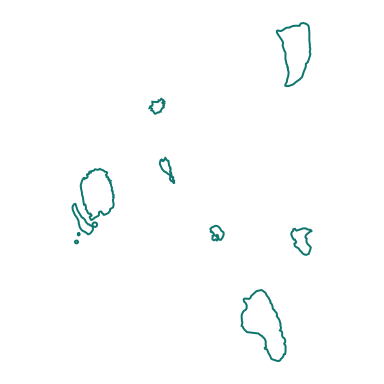 outline of Lomaiviti, Eastern, Fiji
{"feature_id": "14151628B20319301670654", "entity_name": "Lomaiviti", "entity_type": "district", "adm_level": 2, "iso_a3": "FJI", "parent_name": "Fiji", "parent_adm1": "Eastern", "projection": "natural_earth1", "projection_center": [179.092, -17.678], "detail": "fine", "context": "isolated", "style": "outline", "palette": "teal", "viewbox_px": 384, "rotation_deg": 0, "n_neighbors": 0, "source": "geoboundaries", "source_scale": "gbopen_adm2", "svg_char_len": 5953}
<svg xmlns="http://www.w3.org/2000/svg" viewBox="0 0 384 384"><path d="M265.5,292.8L262.1,290.3L260.9,290.1L256.4,291.2L251.1,296.1L250.7,297.4L249.5,298.7L248.7,298.9L245.8,298.6L244.3,298.7L243.8,299.2L243.8,300.7L244.1,301.7L245.4,302.7L246.7,305.3L246.6,308.3L245.9,309.6L243.5,311.2L242.2,313.6L241.6,315.8L241.9,321.0L242.4,322.3L241.6,325.9L242.7,326.6L243.4,328.2L244.4,329.6L247.0,332.1L258.4,333.5L260.8,335.5L261.5,335.6L262.3,336.2L262.6,336.9L263.9,337.9L264.8,339.1L265.6,341.0L265.8,342.0L265.6,343.9L266.1,347.0L264.9,347.7L264.7,348.2L264.9,348.7L266.9,349.4L267.2,349.8L268.6,353.4L270.1,355.8L271.1,358.5L272.0,359.2L276.8,360.8L279.0,361.0L280.4,360.0L280.8,359.0L282.6,357.4L283.3,356.2L283.9,354.3L285.1,354.1L285.5,351.7L285.6,346.7L285.3,345.2L284.3,344.1L284.2,343.4L285.1,342.4L285.2,340.1L284.4,338.4L282.9,337.4L282.3,336.1L282.1,335.5L282.2,332.8L281.7,331.4L279.9,330.5L280.6,329.4L281.0,328.0L280.9,327.2L280.4,325.7L280.5,323.4L280.1,322.6L279.6,320.6L278.9,319.1L276.8,316.2L277.0,315.8L276.8,313.3L274.3,310.4L274.3,310.0L272.9,308.9L272.3,305.5L271.7,304.1L270.4,302.8L270.5,301.4L270.1,301.1L270.0,300.4L269.3,299.4L268.7,297.9L266.8,295.6L265.5,292.8ZM307.8,25.0L306.1,23.8L303.2,23.0L300.9,23.5L300.0,24.6L299.6,25.8L295.5,25.7L293.0,26.0L290.0,27.1L289.7,27.5L286.2,27.8L281.9,30.7L280.2,31.0L277.6,30.5L276.9,31.0L276.9,32.4L277.6,33.8L282.4,41.0L283.1,43.0L282.6,45.5L284.3,50.7L285.2,51.9L285.5,53.4L285.4,58.8L286.6,64.3L287.2,65.2L287.2,65.9L287.6,66.7L287.8,67.4L287.5,67.7L287.9,68.2L288.0,70.3L288.4,70.9L288.6,72.7L288.3,75.8L287.1,79.7L286.9,81.6L285.3,84.8L285.3,85.7L286.3,86.1L288.8,86.0L293.2,84.4L296.2,81.8L299.6,79.5L302.1,77.0L304.0,71.1L305.7,67.2L305.9,63.8L307.8,62.2L310.0,55.8L310.4,53.7L309.7,52.4L310.3,48.8L310.1,47.6L309.7,47.0L309.9,45.1L309.3,40.2L309.4,33.4L309.1,29.8L308.7,26.4L307.8,25.0ZM99.6,168.9L99.0,169.5L97.4,169.8L95.0,169.3L93.8,170.6L90.5,171.4L90.9,172.5L90.7,172.7L89.2,172.3L88.8,174.1L87.3,174.2L87.0,174.7L87.0,175.1L87.5,175.8L87.6,176.4L87.5,177.1L86.9,177.8L85.6,178.3L84.7,178.0L84.5,178.7L83.9,178.1L82.8,179.2L81.8,181.5L80.7,185.4L81.0,188.3L81.9,192.3L82.1,195.0L82.8,196.8L83.9,204.3L84.1,204.8L85.3,204.6L86.0,207.6L85.8,209.0L87.0,210.6L87.9,212.9L89.3,213.9L90.3,213.6L91.5,215.0L91.6,215.7L89.9,216.5L89.7,217.1L90.0,218.0L91.1,219.9L91.8,219.8L93.7,218.7L94.5,217.8L98.4,215.8L98.8,215.3L99.2,212.0L100.6,211.5L101.4,211.6L102.2,213.2L103.1,213.7L103.7,214.8L104.4,214.8L108.1,213.2L109.9,211.1L110.1,209.2L113.1,207.3L113.5,205.6L113.6,204.1L112.9,200.0L113.7,197.4L113.3,197.2L113.1,196.4L113.5,196.0L113.7,195.0L113.3,194.8L112.8,193.9L112.8,192.0L112.4,191.6L112.5,190.8L111.8,190.4L111.9,188.6L112.1,188.0L111.2,186.0L110.9,184.0L110.2,183.2L110.6,182.4L110.1,181.8L110.4,181.3L109.8,181.4L109.4,181.0L109.1,180.4L109.4,179.6L108.4,179.4L108.5,178.4L108.1,177.9L108.1,177.4L107.2,177.4L106.6,176.9L106.7,176.0L106.2,175.6L106.1,174.8L106.5,174.7L107.1,172.5L106.3,171.9L104.8,171.7L103.6,170.5L99.6,168.9ZM305.8,228.4L302.9,228.4L301.9,228.9L296.6,230.6L295.9,230.1L294.9,228.8L293.7,229.1L293.2,229.4L293.2,230.7L292.0,231.9L291.4,233.1L291.3,234.3L291.9,236.2L293.4,239.1L294.2,239.8L294.9,239.6L296.2,241.9L295.7,243.0L294.6,243.4L294.4,243.8L294.6,245.3L295.0,246.0L296.4,247.3L297.5,247.6L298.7,248.6L300.4,251.0L301.5,251.8L302.3,253.1L303.5,254.0L304.7,254.6L306.3,254.8L308.6,254.0L310.1,250.2L310.8,247.5L309.6,245.9L307.8,244.3L306.7,242.5L306.4,240.4L306.7,238.6L305.7,237.9L305.4,236.6L306.3,234.7L309.9,231.7L311.4,231.2L311.5,230.8L310.5,229.9L307.4,229.4L305.8,228.4ZM88.7,234.2L90.0,233.6L91.1,232.5L92.8,230.1L92.9,227.6L92.5,226.4L90.0,225.2L89.1,224.4L88.2,224.4L85.9,222.0L84.9,219.8L83.8,218.5L81.8,217.3L77.6,210.5L75.4,203.9L73.8,204.4L72.5,206.9L72.7,209.6L74.9,214.9L76.9,217.6L78.3,220.2L78.8,222.4L78.7,223.0L79.9,227.5L81.9,230.3L86.1,232.6L87.9,234.2L88.7,234.2ZM168.1,160.7L167.6,160.7L165.9,159.3L165.7,158.2L165.3,157.9L164.0,160.3L163.3,161.1L162.3,160.7L162.4,160.0L161.7,159.5L160.7,160.1L159.9,162.5L159.9,164.1L161.9,168.6L163.1,170.3L164.6,171.7L165.9,172.1L167.8,173.8L169.8,174.7L169.9,175.8L170.8,176.6L170.8,177.0L169.9,178.2L170.1,179.5L171.3,181.1L172.7,181.5L173.7,183.0L173.9,183.0L174.2,182.8L173.9,182.0L174.1,180.6L173.5,180.3L172.9,179.1L173.3,177.4L173.1,177.2L172.5,177.4L171.7,176.3L171.5,174.7L171.2,174.4L171.1,172.5L170.4,172.5L170.1,172.0L170.1,170.8L170.7,169.8L170.5,169.2L170.6,168.8L170.1,168.3L170.4,167.5L169.6,166.6L169.0,165.1L168.8,163.0L168.5,162.3L168.6,161.2L168.1,160.7ZM215.7,225.8L214.3,226.3L212.9,227.1L212.1,227.2L210.4,228.8L211.0,230.7L210.7,231.5L211.2,232.2L211.7,232.3L212.0,231.8L213.3,232.9L214.0,234.4L213.9,235.0L213.5,235.7L212.6,235.8L212.4,239.1L212.7,239.6L213.8,240.2L214.4,240.2L215.5,239.4L216.1,239.6L216.7,240.4L217.4,240.1L217.7,237.9L216.3,236.1L215.6,235.7L215.6,235.4L216.4,235.3L217.0,234.9L217.8,235.4L217.7,236.1L218.1,236.4L218.4,238.7L220.0,239.9L220.9,239.8L222.4,237.8L223.4,235.4L223.7,234.3L223.5,232.3L221.2,230.6L220.3,228.8L218.8,227.0L217.5,226.1L215.7,225.8ZM162.9,100.6L162.9,99.9L161.2,98.8L160.1,100.4L159.3,100.7L158.6,100.4L158.3,101.7L157.7,102.1L152.3,101.8L152.6,104.8L151.9,105.9L150.2,106.4L149.6,108.0L150.7,107.7L152.1,108.8L151.3,110.3L152.0,110.4L153.2,111.1L154.7,113.6L155.6,113.7L157.8,112.4L158.9,112.5L159.9,111.5L160.7,111.6L160.7,111.1L161.6,109.1L162.7,107.7L163.5,107.6L163.7,107.4L163.4,106.2L163.9,105.6L163.4,105.2L164.2,103.8L162.8,103.4L162.4,102.8L164.4,101.8L163.9,101.4L163.8,100.9L163.3,101.0L162.9,100.6ZM95.1,227.0L96.2,226.5L96.9,225.8L97.1,224.2L96.5,223.1L95.6,222.5L93.9,222.5L92.8,223.5L92.5,224.3L92.5,225.4L93.4,226.5L95.1,227.0ZM76.9,243.3L77.9,242.6L78.1,241.9L77.9,241.3L76.7,240.5L75.5,240.9L75.0,241.5L75.1,242.6L76.0,243.3L76.9,243.3ZM79.0,235.3L79.5,234.8L79.6,233.8L79.1,233.0L78.4,233.0L77.9,233.6L77.8,234.5L78.3,235.3L79.0,235.3Z" fill="none" stroke="#0f766e" stroke-width="2"/></svg>